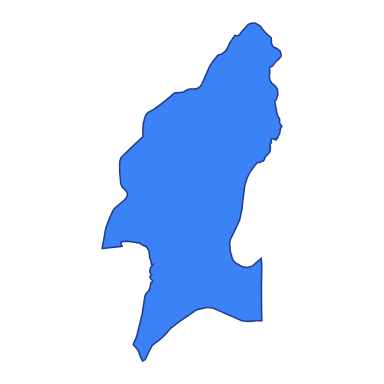 Bachiangchaleunsook, Champasak, Laos
{"feature_id": "54806243B89644559951637", "entity_name": "Bachiangchaleunsook", "entity_type": "district", "adm_level": 2, "iso_a3": "LAO", "parent_name": "Laos", "parent_adm1": "Champasak", "projection": "equal_earth", "projection_center": [105.973, 15.25], "detail": "fine", "context": "isolated", "style": "filled", "palette": "blue", "viewbox_px": 384, "rotation_deg": 0, "n_neighbors": 0, "source": "geoboundaries", "source_scale": "gbopen_adm2", "svg_char_len": 5886}
<svg xmlns="http://www.w3.org/2000/svg" viewBox="0 0 384 384"><path d="M281.9,126.5L281.2,125.4L279.7,123.2L279.6,118.9L277.8,116.0L276.8,112.5L275.8,107.3L274.8,101.6L276.5,99.1L277.9,94.6L277.4,89.1L275.0,85.7L271.9,83.4L270.1,80.4L269.4,77.0L269.8,71.7L269.8,70.9L269.5,69.5L269.4,68.6L269.8,67.7L271.1,66.6L272.7,65.9L276.1,61.3L278.4,59.7L279.6,57.9L280.7,57.0L281.2,54.5L280.1,51.0L278.4,49.8L277.1,48.6L275.8,47.9L274.6,47.6L273.5,46.9L272.3,45.4L271.7,44.0L271.4,42.2L271.4,39.8L271.2,38.0L270.6,37.1L268.6,35.5L265.6,32.8L263.8,30.8L262.5,29.2L261.0,26.9L259.7,25.7L255.1,23.0L251.9,23.2L250.1,23.7L248.5,24.3L245.4,27.5L243.5,29.7L242.1,31.1L239.7,34.3L238.9,35.2L237.8,35.6L236.6,35.8L235.3,35.5L234.8,35.3L230.8,41.5L230.0,42.7L229.2,44.2L228.7,45.3L228.1,46.7L226.7,49.3L225.9,50.5L225.3,51.3L223.6,52.5L222.9,53.1L222.2,53.7L221.6,54.0L220.8,54.3L219.6,54.7L218.8,54.9L217.8,55.1L216.6,56.7L215.5,58.2L213.4,60.7L211.1,64.0L209.4,66.8L205.1,76.8L203.8,79.5L202.4,83.0L200.9,85.5L199.7,86.9L198.1,88.1L196.0,88.7L193.5,89.1L191.5,88.9L188.9,89.2L187.4,89.7L184.6,91.3L183.1,92.2L180.6,92.5L178.1,92.7L175.7,92.7L174.2,93.2L172.7,94.4L170.2,96.7L162.2,103.1L158.6,105.9L156.5,107.3L153.8,109.3L151.7,110.5L149.5,111.6L147.7,112.9L146.3,114.4L145.4,115.8L145.0,117.5L144.3,119.5L144.0,121.1L143.4,122.8L142.9,128.3L142.8,133.6L143.0,135.9L142.6,137.0L133.1,145.8L125.7,153.0L121.6,157.2L120.9,157.8L120.3,159.6L119.8,161.5L119.6,164.1L119.7,172.5L120.7,183.4L121.4,185.3L122.2,187.0L126.4,191.4L127.2,193.1L127.3,194.8L127.1,196.3L126.2,197.7L125.1,199.3L120.8,203.1L116.7,206.5L114.5,208.4L112.7,211.1L110.4,216.2L108.2,221.5L106.0,227.6L105.4,230.3L102.1,248.5L122.1,246.4L122.1,245.5L122.0,245.3L121.7,245.1L121.3,245.0L121.2,244.8L121.1,244.1L121.1,243.8L121.1,243.5L121.1,243.2L121.1,242.9L121.2,242.7L121.4,242.5L121.5,242.3L121.5,241.7L122.0,241.6L122.5,241.6L122.9,241.5L123.1,241.5L123.4,241.6L123.7,241.6L124.1,241.4L124.4,241.5L124.8,241.5L125.1,241.6L125.6,241.4L126.0,241.4L126.4,241.5L126.7,241.3L127.2,241.0L127.5,241.3L127.8,241.6L128.6,241.6L129.4,241.6L130.0,241.5L130.4,241.6L131.0,241.7L131.3,241.6L131.6,241.7L132.3,242.0L133.0,242.2L134.7,242.0L135.8,242.4L136.9,242.9L137.9,242.7L138.4,242.7L138.8,242.5L139.2,242.5L139.4,242.6L139.8,243.3L140.0,243.6L140.3,243.8L140.6,244.0L141.2,244.2L141.7,244.3L142.7,245.0L143.4,245.5L143.8,245.8L144.2,246.0L144.6,246.1L145.5,246.2L145.8,246.3L146.0,246.4L146.1,246.6L146.2,247.1L146.5,247.4L147.0,247.8L147.3,248.1L147.5,248.5L147.6,249.0L147.8,249.3L148.0,249.5L148.3,249.8L148.5,250.1L148.8,250.4L148.9,250.7L149.0,251.1L149.1,251.8L149.2,252.7L149.4,255.0L149.5,256.0L149.7,257.6L149.9,258.4L150.2,259.2L150.5,259.9L150.7,260.5L150.9,261.2L151.0,261.6L151.1,262.3L151.2,263.0L151.3,263.7L151.3,264.2L151.4,264.4L151.6,264.6L151.8,264.7L152.0,264.7L152.3,264.7L152.7,264.5L152.5,264.9L152.2,265.5L151.8,266.0L151.2,266.6L150.8,267.3L150.6,267.8L150.4,268.5L150.2,269.1L150.0,269.7L149.9,270.2L149.9,270.8L149.9,271.8L150.0,272.4L150.1,272.9L150.3,273.3L150.5,273.6L151.2,274.4L151.6,274.8L151.6,275.0L151.4,275.4L151.2,275.6L151.0,275.8L150.7,275.9L150.4,276.0L150.1,276.2L149.9,276.3L149.9,276.6L150.0,276.9L150.2,277.3L150.4,278.0L150.5,278.4L150.8,278.8L151.3,279.4L151.7,279.7L152.5,280.5L152.6,280.9L152.6,281.1L152.3,281.5L151.9,281.9L151.2,282.4L150.9,282.7L150.7,283.0L150.6,283.4L150.5,283.9L150.5,284.6L150.5,285.2L150.4,285.7L150.3,286.2L150.1,287.3L148.9,290.4L146.3,293.2L145.3,295.0L144.7,297.3L142.2,314.0L137.0,335.1L135.6,339.1L134.3,341.6L133.2,344.6L135.7,347.3L137.6,349.8L138.7,351.6L140.3,356.3L140.6,357.3L141.1,358.3L141.7,358.8L142.2,359.9L142.5,361.0L145.3,359.6L148.2,353.2L149.3,350.8L151.9,346.0L153.1,344.7L155.4,342.9L159.9,339.5L165.9,334.0L168.9,330.2L170.6,328.4L175.7,324.5L177.8,322.6L179.9,321.2L195.7,310.4L197.2,309.7L198.5,309.2L199.4,309.2L203.2,308.3L204.8,308.0L206.5,307.5L208.0,307.5L210.2,307.8L212.1,308.0L214.1,308.6L215.8,309.3L218.1,310.3L241.7,320.7L245.9,321.3L249.2,321.4L252.3,321.2L256.4,320.6L259.8,320.7L259.9,320.8L261.9,320.7L261.6,310.7L261.4,286.8L261.8,265.3L261.2,258.3L252.6,265.8L251.3,266.4L249.9,266.9L248.5,267.2L247.0,267.4L243.6,267.0L241.5,266.2L239.5,265.3L238.6,264.5L236.2,263.4L234.7,262.0L233.1,260.1L232.1,257.8L231.4,255.0L230.5,252.3L229.7,243.9L229.9,241.3L230.4,239.4L236.9,226.1L238.4,222.6L239.5,220.4L240.0,218.4L240.6,215.5L241.4,211.8L242.1,208.3L242.5,204.0L242.7,201.6L244.7,186.1L245.4,183.5L246.7,179.3L248.2,175.7L249.9,172.2L253.5,167.4L255.4,164.7L257.0,163.2L257.4,162.8L257.6,162.6L257.9,162.5L258.1,162.4L258.6,162.4L259.8,162.4L260.1,162.4L260.3,162.3L260.8,162.1L261.4,161.5L261.6,161.4L261.8,161.2L262.8,161.2L263.4,160.9L263.6,160.6L263.8,160.4L264.0,160.0L264.3,159.6L264.5,159.0L264.7,158.4L264.9,157.9L265.0,157.6L265.3,157.3L265.6,156.9L265.8,156.6L266.1,156.0L266.2,155.8L266.6,155.2L266.9,155.1L267.3,154.9L267.8,154.5L267.9,154.4L268.4,153.8L268.6,153.5L268.8,153.2L269.5,152.3L269.8,151.9L270.0,151.5L270.1,151.1L270.2,150.6L270.2,149.2L270.2,148.8L270.4,148.0L270.5,147.6L270.5,147.2L270.4,146.9L270.2,146.3L270.1,146.0L270.0,145.8L270.0,145.5L270.1,145.0L270.2,144.4L270.4,144.0L270.6,143.7L270.7,143.4L270.9,143.1L271.4,142.6L271.4,142.4L271.5,142.1L271.4,141.9L271.3,141.5L271.2,141.1L271.1,140.7L271.0,140.3L271.0,139.9L271.1,139.6L271.2,139.4L271.4,139.2L271.6,139.0L272.0,139.0L272.3,138.6L272.5,138.6L272.9,138.6L273.2,138.8L273.5,139.0L274.0,139.4L274.2,139.5L274.4,139.6L275.2,139.4L275.4,139.4L275.6,139.5L276.0,140.0L276.1,139.8L276.3,139.4L276.6,138.8L276.7,138.5L276.8,138.4L277.0,138.4L277.1,138.5L277.4,138.4L277.5,138.2L277.8,137.5L278.2,136.2L278.4,135.6L278.5,135.4L278.8,135.0L279.2,134.5L279.4,134.2L279.5,133.8L279.7,133.3L279.8,132.7L279.9,132.2L280.0,131.0L280.1,130.6L280.3,130.0L280.3,129.6L280.3,128.9L281.9,126.5Z" fill="#3b82f6" stroke="#1e3a8a" stroke-width="1.5"/></svg>